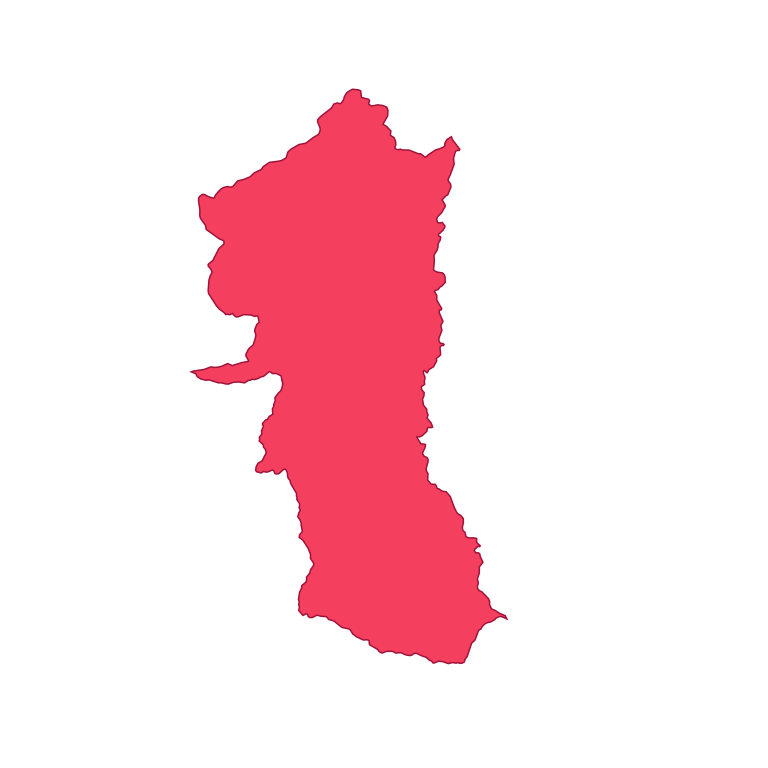 Acobamba, Huancavelica, Peru (Albers equal-area conic projection), rotated 49°
{"feature_id": "86281439B92156205332271", "entity_name": "Acobamba", "entity_type": "district", "adm_level": 2, "iso_a3": "PER", "parent_name": "Peru", "parent_adm1": "Huancavelica", "projection": "albers", "projection_center": [-74.569, -12.778], "detail": "fine", "context": "isolated", "style": "filled", "palette": "rose", "viewbox_px": 768, "rotation_deg": 49, "n_neighbors": 0, "source": "geoboundaries", "source_scale": "gbopen_adm2", "svg_char_len": 6170}
<svg xmlns="http://www.w3.org/2000/svg" viewBox="0 0 768 768"><g transform="rotate(49 384 384)"><path d="M641.8,445.4L638.4,444.5L632.0,447.6L628.3,448.5L624.2,450.4L619.6,449.0L617.7,447.1L614.8,446.0L605.0,446.5L602.5,447.6L600.3,447.7L597.8,446.2L596.7,444.1L595.4,442.9L592.5,441.6L589.3,436.2L584.5,431.9L583.5,426.3L577.6,424.6L575.0,423.2L573.5,423.4L571.6,425.5L568.9,425.1L568.3,424.1L568.2,420.4L568.5,419.3L569.5,418.4L569.2,417.5L565.7,418.0L564.0,417.7L561.3,415.4L558.8,417.4L555.7,421.1L553.1,422.3L549.0,420.2L546.6,420.6L544.6,419.6L543.5,418.8L540.7,415.0L537.5,412.4L533.5,412.3L530.6,413.3L528.6,413.4L522.2,411.6L512.4,407.8L506.1,407.8L502.9,410.5L499.3,411.3L497.6,412.4L495.0,411.3L493.2,411.2L490.6,414.1L485.2,414.1L480.5,409.6L477.1,408.9L475.5,407.7L471.6,401.8L469.8,400.2L467.9,399.8L464.5,401.1L461.5,400.5L459.0,394.9L457.1,392.5L456.1,392.8L453.4,395.4L445.6,394.1L445.6,393.5L447.3,391.8L448.1,389.1L447.8,382.7L446.1,380.5L445.7,379.3L448.2,376.6L448.4,375.5L444.3,374.0L437.9,373.8L436.2,371.0L433.6,370.2L431.0,368.3L426.0,368.1L421.7,365.5L420.7,364.9L419.3,361.8L416.8,359.3L413.3,359.3L411.2,358.2L410.6,357.3L410.9,353.5L408.7,352.0L405.8,348.6L401.6,347.1L400.0,345.6L400.5,344.5L403.4,344.4L403.9,343.8L402.6,340.6L403.5,335.3L401.1,329.0L399.0,327.6L399.3,323.4L398.7,321.7L393.4,318.0L392.7,316.8L392.6,315.4L393.9,314.0L393.7,312.9L392.4,312.8L390.2,314.7L387.5,314.3L385.4,312.4L381.5,305.1L377.1,302.7L375.4,298.4L366.1,295.4L364.7,293.7L365.6,292.0L365.0,291.0L356.7,289.4L354.7,288.7L351.9,286.1L347.3,285.1L346.9,283.8L348.2,281.5L347.6,277.8L348.1,275.9L347.4,271.0L343.3,267.7L340.9,266.8L338.7,266.9L334.0,270.7L331.7,271.6L330.1,271.5L324.2,265.3L320.2,262.3L319.2,260.8L318.1,256.8L316.1,253.4L313.7,251.2L312.2,247.1L310.5,244.9L309.8,244.8L308.3,245.7L306.8,244.8L306.7,238.7L305.7,235.6L304.9,234.4L300.3,234.1L298.5,236.9L297.3,237.6L294.3,236.1L293.0,234.4L292.6,228.3L290.2,221.4L289.0,220.4L283.1,219.3L282.6,214.1L283.0,211.7L279.3,204.3L276.9,202.6L272.9,202.2L271.6,201.4L269.6,196.7L264.1,186.8L259.3,183.5L255.5,177.7L255.4,176.0L257.1,174.0L256.6,172.8L244.3,172.0L241.6,170.9L240.8,176.2L242.2,180.0L244.5,182.5L243.0,187.6L241.2,191.4L240.1,200.1L240.2,203.5L239.7,204.2L234.3,205.3L232.8,207.0L223.9,211.6L219.3,216.7L217.5,217.6L216.2,219.9L213.9,221.2L213.0,220.9L210.9,217.9L208.3,216.0L204.7,214.8L200.8,215.9L199.8,215.4L197.7,212.9L191.5,213.0L187.3,214.4L184.1,205.4L180.0,201.4L176.8,200.3L172.8,202.4L169.2,205.6L166.3,210.6L165.4,211.4L162.7,211.9L160.6,209.0L159.1,208.8L153.0,213.0L147.5,209.3L145.2,210.3L140.8,214.5L139.8,219.5L140.0,222.1L141.3,225.7L143.0,228.0L143.9,231.8L143.5,233.3L141.1,235.0L139.8,238.3L141.0,241.6L141.2,243.5L140.5,256.6L141.1,260.6L142.5,262.1L148.6,264.2L150.5,265.5L152.5,268.9L152.6,270.1L151.6,275.5L151.0,284.9L147.5,291.1L145.7,300.5L145.9,304.3L148.9,309.1L149.0,310.7L148.1,314.6L147.1,316.7L141.6,325.0L140.7,332.4L141.6,335.9L139.5,343.3L139.8,349.1L137.5,355.9L134.7,361.1L135.8,368.7L134.6,370.9L132.2,372.6L130.5,376.0L129.9,379.0L130.1,382.0L130.8,387.0L132.0,389.6L132.0,390.7L127.5,393.6L123.5,395.0L121.7,396.7L121.5,400.4L122.3,402.1L123.9,403.7L131.9,408.8L136.1,412.6L138.3,413.7L140.7,414.1L147.0,414.6L150.8,416.8L166.6,413.0L170.2,411.2L171.3,411.1L173.4,413.0L173.4,419.5L178.5,432.2L178.3,437.7L178.6,438.5L179.7,439.3L184.2,439.4L186.9,440.5L188.3,444.1L190.6,447.8L198.1,455.4L200.5,457.0L215.2,459.2L219.5,459.1L225.4,457.8L227.7,457.9L228.9,456.1L230.5,455.0L231.3,452.2L235.1,452.0L236.7,451.3L237.7,449.8L239.6,444.3L245.2,438.7L248.1,437.4L249.2,435.1L250.7,435.0L255.5,437.7L255.6,440.9L257.7,445.1L259.6,447.2L262.3,448.1L263.6,449.3L265.3,451.5L268.6,457.1L268.7,463.1L270.9,468.6L272.2,469.8L277.4,470.9L278.0,471.5L274.7,477.0L270.5,486.5L266.0,488.6L264.1,495.0L262.5,498.0L260.7,500.6L257.6,503.3L254.9,510.4L249.3,519.2L248.4,521.5L252.9,519.3L255.8,520.1L260.0,519.0L264.4,515.9L266.2,513.3L274.5,508.2L276.5,505.9L280.3,503.3L282.1,501.3L283.9,496.5L285.0,495.0L287.9,491.6L291.7,488.5L292.2,484.4L293.5,482.3L294.0,480.2L295.7,478.9L297.4,475.0L297.8,472.5L299.2,469.9L299.4,462.6L300.7,461.7L302.8,461.4L305.7,458.2L310.4,456.3L314.9,459.1L316.6,459.6L318.8,461.9L320.9,465.1L321.4,466.9L321.6,470.0L322.8,475.4L325.2,477.0L327.0,480.5L328.6,482.0L329.5,484.5L333.8,487.7L333.2,492.2L334.3,495.1L333.5,497.1L334.0,501.3L335.1,502.5L336.3,502.4L336.9,502.9L339.0,507.2L341.6,509.1L342.5,513.1L344.2,514.1L345.1,515.6L350.7,515.0L352.7,516.4L355.5,516.5L357.2,517.2L359.2,518.7L359.7,520.9L362.1,526.2L361.1,531.1L362.6,534.8L364.9,537.5L366.6,537.7L370.5,535.1L371.0,532.3L372.7,531.2L374.1,529.5L375.8,524.4L377.8,524.2L379.8,525.1L381.0,524.6L382.7,522.2L382.6,516.3L382.8,515.2L383.4,514.5L384.7,514.3L387.7,515.2L390.3,517.2L392.5,518.2L395.2,518.2L396.8,519.2L399.1,520.0L409.1,521.8L411.5,523.8L412.7,524.1L414.0,525.6L418.8,526.2L420.4,527.5L421.5,529.1L424.5,530.1L425.2,532.6L427.7,536.2L431.3,536.5L435.1,537.9L436.3,539.4L437.6,539.7L438.6,540.7L440.6,541.6L441.8,542.7L442.4,546.7L444.1,548.6L448.7,547.7L458.5,549.1L464.5,551.3L467.3,553.9L472.6,554.6L474.0,555.2L474.8,556.6L476.0,561.3L478.1,564.3L478.9,569.2L481.1,570.9L482.3,572.8L482.2,578.4L484.1,580.3L485.7,584.2L490.4,589.8L493.1,591.2L494.6,593.3L496.6,593.9L498.9,596.9L505.4,597.1L506.5,593.5L507.1,593.0L508.4,592.9L509.6,593.7L511.5,593.3L513.2,591.4L514.5,586.3L518.1,583.8L521.8,580.1L525.4,580.2L530.0,577.3L540.0,575.5L546.1,571.0L548.2,570.8L552.0,571.6L556.8,570.6L563.6,567.6L565.9,564.6L567.3,563.8L568.4,563.8L570.0,565.3L571.5,565.9L580.2,562.9L582.8,563.2L585.2,562.4L586.0,561.7L587.4,557.6L590.6,553.7L592.2,552.5L594.5,551.9L597.8,547.6L603.0,545.1L605.9,542.7L606.9,540.6L607.2,537.9L608.2,536.4L615.0,533.3L617.8,531.5L621.9,531.0L624.4,529.9L626.8,530.0L627.5,529.1L629.1,524.5L631.9,522.0L637.3,518.8L639.2,515.0L641.9,512.8L642.8,511.0L644.7,509.9L645.9,508.2L646.5,505.7L644.9,503.3L644.3,500.1L637.1,487.9L636.9,483.2L632.0,474.2L632.5,471.7L631.5,469.2L631.2,465.8L631.7,463.1L633.6,459.4L634.5,454.9L634.2,452.8L635.1,449.5L637.1,447.6L641.8,445.4Z" fill="#f43f5e" stroke="#9f1239" stroke-width="1.5"/></g></svg>